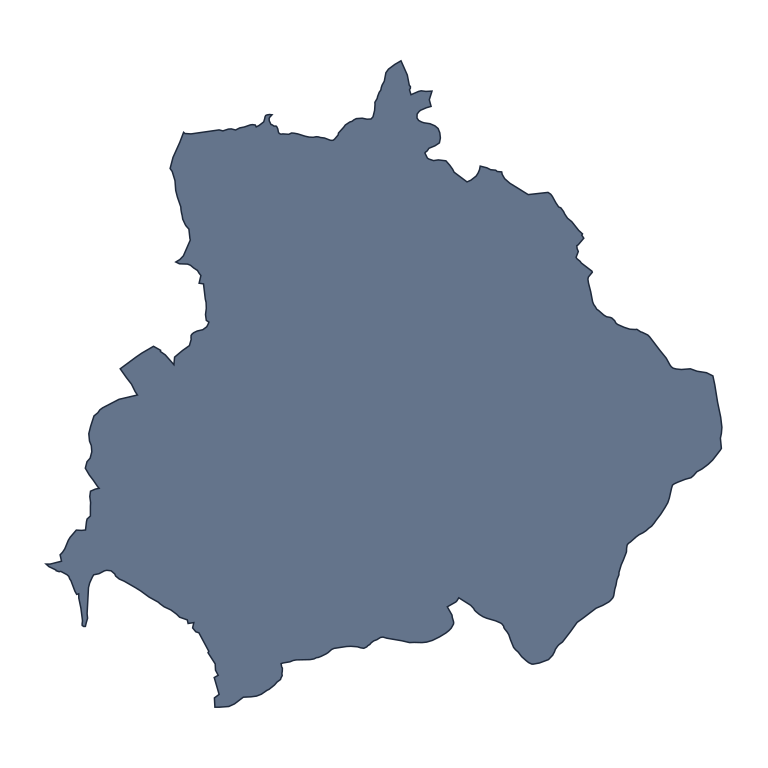 the district of Poiana Ilvei, Bistrita-Nasaud, Romania
{"feature_id": "2599482B95786462044343", "entity_name": "Poiana Ilvei", "entity_type": "district", "adm_level": 2, "iso_a3": "ROU", "parent_name": "Romania", "parent_adm1": "Bistrita-Nasaud", "projection": "orthographic", "projection_center": [24.751, 47.354], "detail": "fine", "context": "isolated", "style": "filled", "palette": "slate", "viewbox_px": 768, "rotation_deg": 0, "n_neighbors": 0, "source": "geoboundaries", "source_scale": "gbopen_adm2", "svg_char_len": 6036}
<svg xmlns="http://www.w3.org/2000/svg" viewBox="0 0 768 768"><path d="M214.9,707.2L219.2,707.2L228.8,706.5L234.5,703.9L243.3,697.2L251.2,696.8L256.5,696.1L261.4,694.2L267.0,690.3L269.0,689.4L274.5,685.0L277.1,682.0L280.5,679.5L281.1,677.7L282.2,675.7L281.9,673.4L282.3,671.3L282.4,668.1L281.7,667.0L281.1,663.6L282.9,663.0L290.0,661.8L293.1,660.5L296.2,659.9L310.1,659.6L314.0,658.9L316.6,657.6L318.1,657.5L321.0,656.4L326.1,653.9L328.1,652.6L331.6,649.5L334.0,648.4L346.5,646.5L350.9,646.3L357.5,646.8L360.6,647.8L363.8,648.3L366.7,646.9L367.9,645.6L369.8,644.5L371.2,642.8L373.7,640.9L376.9,639.7L380.4,637.5L382.0,637.2L383.1,637.1L386.8,638.2L402.0,640.8L409.6,642.6L414.1,642.4L422.0,642.6L426.7,642.1L432.4,640.4L439.5,636.9L445.9,633.0L448.9,630.6L451.2,628.2L453.5,624.1L453.7,622.8L453.5,621.5L452.3,617.4L452.0,615.1L447.3,606.8L455.8,602.0L456.8,601.0L458.8,597.8L470.7,605.3L473.7,608.5L474.5,610.1L475.7,611.4L479.3,614.4L483.0,616.7L486.6,618.2L495.5,620.8L500.4,622.9L501.8,623.8L503.6,626.1L503.9,627.6L504.5,628.7L507.2,632.1L508.8,634.7L510.5,639.8L513.6,647.4L515.5,649.7L518.2,652.1L521.7,656.7L526.2,660.7L528.6,662.6L531.8,664.1L533.4,664.1L539.4,663.0L548.5,659.6L552.8,655.1L553.0,654.5L554.4,652.0L555.4,649.3L557.7,646.0L559.0,644.6L562.5,642.0L570.5,631.6L577.1,622.4L582.7,618.4L596.1,608.2L602.7,605.4L608.9,601.9L610.5,600.5L612.7,598.0L613.4,596.7L613.8,595.3L614.8,589.2L616.0,585.1L616.9,579.9L618.9,574.9L619.0,572.3L621.2,564.9L623.4,559.9L626.3,552.4L626.5,551.5L626.6,548.3L627.1,545.2L627.7,544.2L628.9,543.0L630.4,542.0L636.0,537.0L639.1,534.7L643.1,532.7L646.2,530.6L648.8,528.2L651.6,526.2L654.3,522.9L656.0,520.4L660.7,514.3L665.1,507.4L667.8,502.7L669.3,498.2L671.6,488.0L672.5,485.1L674.3,483.8L677.8,482.2L685.2,479.3L691.0,477.7L693.6,475.5L696.8,471.8L702.1,468.9L708.2,464.3L712.6,460.1L720.2,450.3L721.4,448.4L720.4,438.2L721.4,433.4L721.9,427.3L720.7,417.2L717.6,402.3L714.8,384.9L712.9,375.9L706.5,372.7L697.0,371.2L690.4,368.8L681.4,369.5L676.3,369.0L673.2,368.2L671.3,366.8L669.8,364.7L666.2,358.1L659.8,350.2L649.6,336.8L647.8,335.0L642.0,332.2L640.8,331.9L636.8,329.3L635.3,329.5L629.9,329.2L624.1,327.3L617.5,324.4L615.7,322.8L614.7,320.7L611.8,318.0L610.2,317.4L606.8,316.8L605.8,316.3L603.6,314.9L598.5,310.4L596.8,309.3L595.3,306.7L593.7,304.5L592.6,301.7L590.7,291.7L588.5,283.1L587.9,279.1L588.4,277.0L592.3,272.3L592.0,271.2L581.3,263.0L580.1,261.3L576.9,258.7L576.1,257.3L578.3,251.5L577.1,248.6L576.8,245.7L578.2,244.8L583.8,238.2L581.8,235.2L582.5,233.9L578.7,230.4L571.8,221.7L567.5,218.2L564.7,214.0L563.6,211.6L560.9,207.9L558.6,206.9L555.8,202.7L552.3,196.3L550.7,194.2L548.0,192.4L528.2,194.6L509.8,183.2L504.6,178.6L502.2,174.4L501.7,171.9L497.2,171.5L495.7,170.2L490.6,169.7L486.9,167.8L480.2,166.1L479.5,169.7L478.1,173.0L476.2,176.0L470.9,180.2L467.0,181.9L454.1,172.2L452.6,169.2L449.9,165.4L445.9,160.8L438.3,159.9L433.5,160.6L428.8,159.0L427.4,158.1L425.0,153.2L425.1,152.5L427.2,150.9L428.9,148.3L435.0,145.8L439.4,142.9L440.4,138.0L439.8,132.8L438.1,128.5L434.9,125.8L430.0,123.7L424.0,122.8L421.6,122.0L418.6,120.4L417.0,118.0L417.1,114.1L419.0,111.6L420.5,110.3L426.5,107.7L431.1,106.4L429.3,99.7L432.0,91.1L425.9,91.4L421.2,90.8L418.6,91.4L411.0,94.7L409.5,89.8L410.4,88.2L410.4,86.5L409.3,85.3L407.3,75.0L401.0,60.8L394.8,64.4L388.5,69.1L385.9,72.7L384.3,81.2L382.1,85.1L381.3,87.5L380.8,90.1L379.2,92.3L377.6,96.5L377.2,98.4L374.9,102.3L375.0,104.6L374.6,110.4L373.0,116.8L371.0,119.0L367.0,119.2L362.3,118.2L356.3,118.6L353.8,119.9L352.1,121.3L349.8,122.0L345.3,125.0L343.8,127.1L338.5,133.0L338.1,135.0L334.6,139.1L333.3,140.2L331.9,140.4L330.2,140.2L324.5,138.0L320.4,137.5L318.5,136.9L316.3,136.7L313.2,137.3L309.2,137.1L305.1,136.2L297.8,133.9L294.1,133.2L291.5,133.0L288.8,134.3L282.8,133.9L280.9,134.2L279.2,133.4L278.4,132.1L277.8,128.9L276.8,126.8L276.1,126.1L274.0,126.1L272.3,124.9L271.0,124.5L269.3,120.9L269.1,118.7L269.6,117.4L272.0,114.8L269.6,114.5L267.0,114.9L265.7,115.5L265.0,116.9L264.7,118.6L263.7,121.9L259.0,125.5L256.2,126.9L255.3,125.0L252.4,124.6L250.3,124.9L244.3,127.0L239.7,127.9L235.6,130.0L231.3,128.9L228.3,129.1L222.9,130.9L219.1,129.9L191.0,133.9L184.9,133.5L183.6,132.3L179.8,142.3L173.0,157.4L170.1,168.5L172.2,171.5L175.0,180.7L175.7,190.4L177.4,197.1L180.8,206.9L181.0,209.8L181.5,212.8L182.2,215.7L182.7,219.1L185.3,224.7L186.2,226.1L188.9,229.1L189.9,238.4L190.3,240.0L183.4,255.8L179.9,259.5L175.8,262.0L179.4,263.8L187.6,264.1L190.5,265.3L193.7,268.0L197.5,270.5L199.0,273.1L200.9,275.5L199.1,283.2L203.5,283.9L205.3,299.1L206.1,302.5L206.3,308.4L205.5,314.6L206.3,320.4L208.9,322.1L208.0,324.4L206.7,326.8L202.8,329.7L197.2,331.0L193.7,332.7L192.1,334.0L191.1,335.4L191.0,338.0L191.2,339.3L189.4,345.6L182.5,350.5L174.6,357.1L173.9,364.7L165.3,354.9L160.4,351.5L160.6,350.3L153.5,346.3L141.8,353.1L135.7,357.3L120.2,368.8L126.4,377.6L131.5,384.2L135.1,391.5L137.4,395.0L119.0,399.3L102.8,407.7L99.9,409.8L97.8,412.8L94.0,415.9L90.6,426.4L88.8,433.7L89.5,441.1L91.3,445.6L91.8,451.8L90.1,458.2L87.0,461.7L85.3,468.2L89.3,475.0L93.4,480.4L97.5,486.4L99.1,488.3L95.3,489.1L90.5,491.2L89.8,496.5L90.6,502.6L90.4,506.2L90.4,516.0L87.1,519.0L86.5,521.5L85.5,530.0L81.6,530.4L76.3,530.1L70.2,537.2L68.3,540.3L64.8,548.8L62.5,552.3L60.1,554.8L61.5,561.2L50.0,564.1L46.1,564.1L49.0,566.7L55.9,570.0L56.1,570.7L59.1,571.7L60.8,571.4L67.0,574.7L68.8,576.4L69.7,578.9L70.9,580.6L74.9,591.2L76.7,594.4L78.7,593.8L78.8,598.1L80.9,608.2L82.3,619.1L82.5,620.9L82.1,623.9L82.2,625.5L83.8,626.5L85.4,626.4L86.3,622.6L87.6,618.2L87.1,613.7L88.5,587.6L89.7,582.9L92.4,577.0L93.7,574.8L99.0,573.7L104.5,570.8L106.8,570.3L111.1,570.8L114.8,574.0L115.6,576.0L119.2,579.0L124.2,581.2L134.8,587.3L140.5,590.8L149.1,597.1L158.3,602.2L159.8,603.6L164.1,606.8L170.8,609.9L176.6,614.2L179.6,617.2L187.3,619.9L188.1,623.5L193.8,622.6L192.6,627.9L195.8,631.8L198.9,632.8L208.8,651.3L208.0,652.7L215.2,663.9L215.5,670.2L218.2,675.3L214.2,677.5L219.1,694.4L214.4,697.9L214.9,707.2Z" fill="#64748b" stroke="#1e293b" stroke-width="1.5"/></svg>